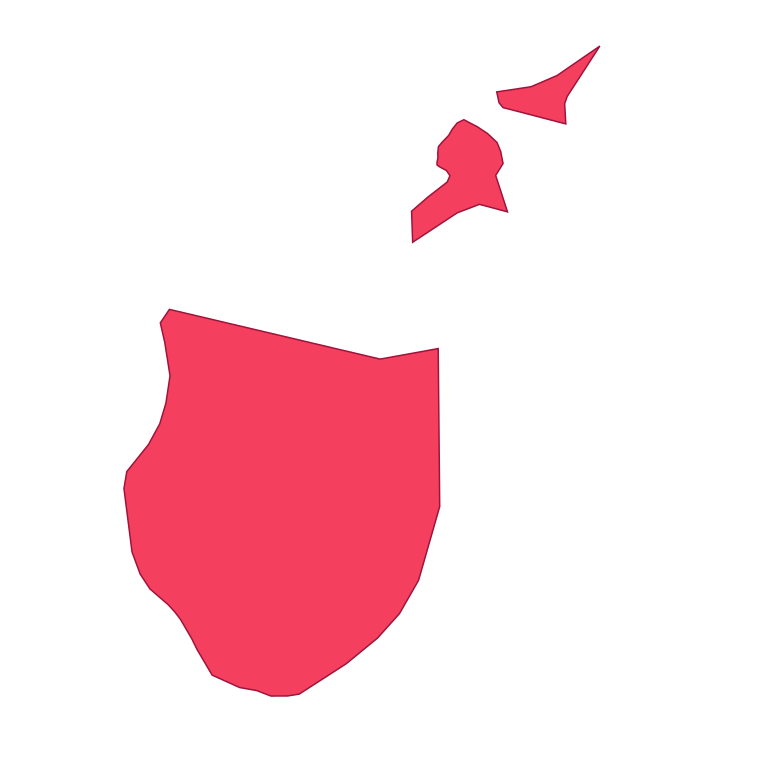 the border of Appenzell Innerrhoden, rotated 348°
{"feature_id": "CHE-3473", "entity_name": "Appenzell Innerrhoden", "entity_type": "Canton", "adm_level": 1, "iso_a3": "CHE", "parent_name": "Switzerland", "parent_adm1": "", "projection": "orthographic", "projection_center": [9.457, 47.345], "detail": "fine", "context": "isolated", "style": "filled", "palette": "rose", "viewbox_px": 768, "rotation_deg": 348, "n_neighbors": 0, "source": "natural_earth", "source_scale": "10m", "svg_char_len": 987}
<svg xmlns="http://www.w3.org/2000/svg" viewBox="0 0 768 768"><g transform="rotate(348 384 384)"><path d="M444.4,360.6L413.0,515.5L377.0,583.2L351.4,611.8L324.8,631.2L288.8,649.8L236.6,669.7L224.8,669.1L208.5,665.7L195.7,657.4L179.7,650.9L155.4,633.1L145.9,604.7L143.0,593.2L135.9,571.7L131.9,563.3L126.8,554.7L112.5,535.9L106.0,519.3L102.6,495.9L107.9,432.2L114.2,416.2L141.1,394.2L156.4,376.3L166.7,357.4L176.4,331.5L178.2,297.7L177.9,277.7L189.6,266.4L385.3,358.8L444.4,360.6ZM540.6,241.3L514.6,228.1L491.2,231.8L441.5,251.3L446.9,220.7L466.1,210.1L487.8,199.6L491.8,194.0L489.5,188.2L484.1,183.7L481.5,181.0L481.8,178.5L483.8,174.0L484.6,169.4L486.6,163.1L491.5,159.3L498.9,154.3L504.0,148.7L510.0,143.8L517.1,142.1L528.8,151.8L537.4,160.6L544.8,171.3L546.5,180.9L546.3,193.1L536.6,203.2L540.6,241.3ZM665.4,98.3L623.0,140.8L619.0,147.4L615.9,167.4L557.9,138.4L555.0,132.8L555.0,121.7L589.6,123.8L617.5,118.2L665.4,98.3Z" fill="#f43f5e" stroke="#9f1239" stroke-width="1.5"/></g></svg>